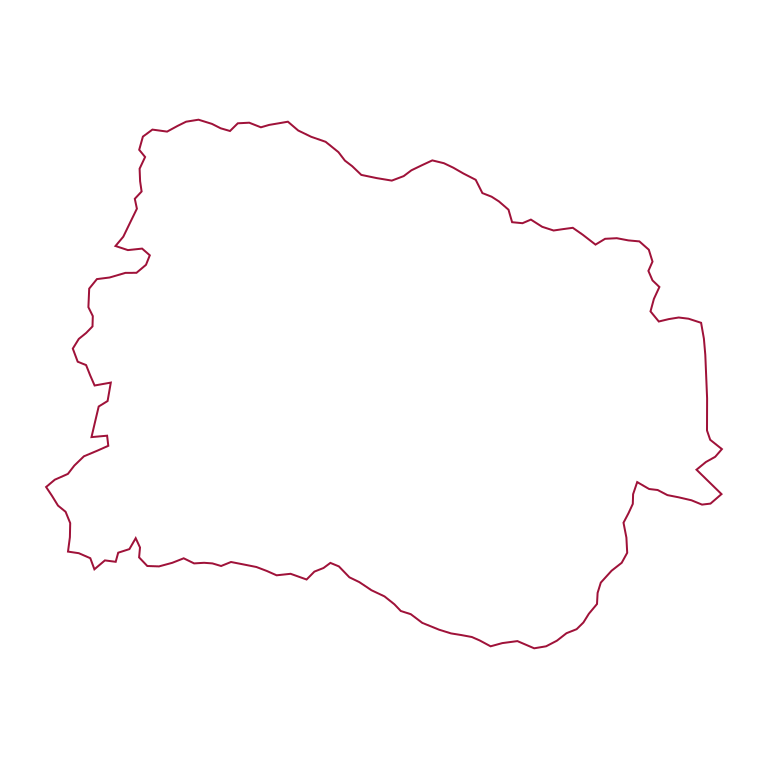 Lauro Müller, Santa Catarina, Brazil
{"feature_id": "56859067B67423545174", "entity_name": "Lauro Müller", "entity_type": "district", "adm_level": 2, "iso_a3": "BRA", "parent_name": "Brazil", "parent_adm1": "Santa Catarina", "projection": "orthographic", "projection_center": [-49.459, -28.384], "detail": "fine", "context": "isolated", "style": "outline", "palette": "rose", "viewbox_px": 768, "rotation_deg": 0, "n_neighbors": 0, "source": "geoboundaries", "source_scale": "gbopen_adm2", "svg_char_len": 2389}
<svg xmlns="http://www.w3.org/2000/svg" viewBox="0 0 768 768"><path d="M139.1,557.4L147.3,566.0L159.0,566.4L172.3,562.8L183.7,558.3L194.1,563.4L204.1,562.8L212.4,563.4L221.1,566.0L231.0,562.0L243.3,564.4L256.4,567.0L266.9,571.0L276.6,575.3L290.6,573.8L306.6,579.5L314.4,571.6L323.5,568.0L330.4,562.9L338.9,566.4L349.4,577.3L359.3,582.1L371.4,590.2L384.5,596.4L394.4,604.3L400.8,611.0L410.8,614.2L422.3,622.9L439.1,629.7L451.0,633.4L461.0,635.0L471.8,637.0L479.6,640.4L490.6,646.3L502.3,643.1L517.4,641.1L534.2,648.3L546.1,646.3L556.9,640.7L566.5,633.2L576.6,629.2L583.4,622.5L588.9,613.7L597.0,604.0L597.6,592.9L600.8,582.6L611.6,570.7L621.7,562.8L627.2,552.8L626.4,537.6L623.5,522.7L628.5,513.2L632.8,503.9L633.1,494.2L637.2,482.1L649.1,489.0L657.6,490.0L667.4,495.1L678.6,497.3L691.5,500.3L702.0,504.6L710.5,503.6L721.5,494.1L696.5,469.7L705.9,462.0L715.2,456.8L721.9,449.1L710.2,439.8L707.0,430.5L707.1,398.3L705.3,354.9L703.9,338.7L701.1,322.8L688.5,318.7L678.7,317.5L668.8,319.1L658.8,321.5L650.5,311.4L653.9,298.9L659.4,287.0L652.5,280.4L648.4,270.9L652.5,261.6L648.8,249.7L639.4,241.4L628.4,240.4L616.8,238.2L605.1,238.8L595.5,244.6L582.7,234.7L572.8,227.8L563.2,229.1L553.6,230.5L542.2,226.8L530.9,219.6L522.5,223.2L512.1,222.2L508.5,209.7L498.9,201.4L491.6,196.7L482.4,193.1L475.7,179.8L463.4,173.5L453.3,167.7L443.9,163.2L432.3,160.4L422.4,165.0L411.4,170.3L403.7,176.1L391.8,180.6L376.7,178.1L361.3,174.9L352.2,166.2L344.9,160.6L338.4,152.1L325.6,141.8L311.2,136.8L298.2,130.5L287.9,121.7L278.7,123.3L269.2,124.9L260.9,127.3L249.2,122.7L237.8,123.3L230.0,131.0L220.7,128.3L212.0,123.9L198.5,119.7L186.1,121.7L177.6,125.9L167.1,131.6L152.4,129.6L142.9,136.6L139.2,149.8L145.1,157.0L139.6,168.7L140.1,181.2L141.6,191.5L134.8,198.8L136.9,208.7L130.6,221.6L123.3,236.7L115.5,246.0L127.9,250.1L142.1,248.6L149.8,255.3L146.0,264.8L136.5,272.8L125.3,272.9L109.6,277.5L96.9,279.1L89.2,288.6L88.4,307.2L92.8,316.1L92.5,326.4L86.1,333.0L78.8,338.9L72.8,348.6L77.7,361.7L86.1,365.1L90.2,375.4L94.6,385.5L110.8,382.6L107.6,401.0L98.7,406.5L95.5,420.0L91.5,437.1L107.1,435.7L108.3,445.8L97.5,450.6L83.9,456.3L74.3,465.6L67.9,473.9L54.8,479.7L46.1,487.0L51.9,495.7L58.0,505.6L65.6,511.8L70.2,523.1L69.9,537.2L68.0,551.6L78.8,553.2L90.3,558.2L94.4,569.3L104.9,560.4L115.7,561.8L118.2,552.7L129.4,549.1L135.7,538.2L140.0,547.5L139.1,557.4Z" fill="none" stroke="#9f1239" stroke-width="2"/></svg>